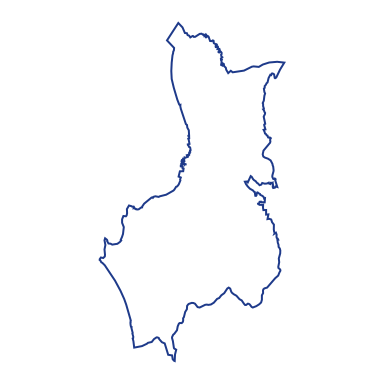 Mueang Chon Buri, Chon Buri, Thailand
{"feature_id": "78962969B92456210505100", "entity_name": "Mueang Chon Buri", "entity_type": "district", "adm_level": 2, "iso_a3": "THA", "parent_name": "Thailand", "parent_adm1": "Chon Buri", "projection": "equal_earth", "projection_center": [101.0, 13.351], "detail": "fine", "context": "isolated", "style": "outline", "palette": "blue", "viewbox_px": 384, "rotation_deg": 0, "n_neighbors": 0, "source": "geoboundaries", "source_scale": "gbopen_adm2", "svg_char_len": 6001}
<svg xmlns="http://www.w3.org/2000/svg" viewBox="0 0 384 384"><path d="M270.8,138.2L270.0,137.6L269.8,137.9L268.1,137.4L267.5,135.6L266.7,135.4L266.0,134.1L265.0,133.5L264.6,131.9L263.6,129.8L265.4,129.4L264.2,125.1L264.2,124.6L265.2,123.8L263.7,116.7L265.0,113.9L265.1,112.9L264.5,112.0L264.0,110.5L263.2,109.4L263.8,109.2L263.9,108.6L263.1,106.1L263.1,103.9L262.7,103.1L263.8,100.7L264.4,95.7L265.1,93.5L264.4,92.0L263.9,88.6L264.7,87.8L264.7,86.1L265.9,84.7L266.5,83.3L267.5,82.5L268.6,78.0L270.3,74.8L271.2,75.1L271.7,73.7L272.1,73.4L273.4,73.8L274.1,74.4L274.7,77.9L275.1,78.2L275.6,78.0L276.3,77.4L280.1,69.5L284.3,62.6L277.2,61.8L269.2,62.5L262.9,64.5L258.8,66.9L253.7,66.4L251.9,66.7L244.0,70.6L232.7,72.3L230.8,70.8L228.2,73.1L226.2,69.7L225.8,67.7L224.2,66.2L223.8,64.0L222.5,63.2L222.1,63.7L222.1,65.4L221.1,64.9L221.6,62.2L221.4,60.9L221.8,59.8L221.0,59.8L220.9,58.5L222.3,57.2L221.4,56.4L221.1,54.7L221.6,54.1L221.6,52.7L220.8,51.7L220.2,51.6L219.1,52.5L218.5,52.1L218.6,51.2L219.8,50.2L219.4,48.9L217.6,49.0L218.0,48.0L217.9,46.6L217.4,46.2L216.3,47.2L215.8,47.1L215.6,46.0L216.8,44.6L216.5,44.2L215.5,44.1L213.9,43.2L213.6,42.6L213.7,41.1L213.5,40.7L212.8,40.4L211.7,41.1L210.1,41.0L208.6,36.8L208.3,36.7L208.2,36.3L207.1,35.7L206.9,36.7L206.5,37.0L206.2,35.5L205.4,36.6L205.1,36.1L205.0,35.0L204.4,35.6L204.3,34.9L203.5,34.5L203.2,34.9L201.6,33.7L199.7,33.9L195.2,36.8L193.9,36.9L193.2,36.1L192.6,36.0L190.3,37.4L189.2,35.7L187.6,35.1L186.9,33.2L184.9,33.0L182.5,27.4L178.3,23.0L167.0,40.4L174.1,47.9L173.9,50.3L173.2,51.8L173.1,53.2L172.5,55.3L171.7,62.6L171.3,71.0L171.7,79.0L173.8,87.8L177.3,99.6L179.2,104.5L179.7,105.0L180.4,104.8L180.3,106.3L180.8,108.7L185.9,124.1L187.0,125.0L187.3,127.6L188.8,130.3L189.1,135.5L188.4,135.7L188.5,136.3L189.1,136.3L189.2,138.4L188.3,138.8L188.7,139.7L189.5,143.9L187.8,144.4L187.9,145.0L188.5,145.4L188.9,146.8L189.9,147.2L190.2,147.7L190.6,150.1L190.0,150.5L190.2,151.9L189.6,152.1L189.7,153.0L189.1,153.1L189.2,154.5L186.8,155.2L187.0,155.8L188.2,155.9L187.8,156.3L187.8,156.9L184.9,157.8L184.6,157.6L184.5,158.4L183.1,158.6L183.1,159.4L181.9,160.0L181.5,161.2L181.9,161.6L182.3,160.5L184.2,160.2L184.4,161.4L184.0,161.7L184.4,161.9L183.0,161.8L182.7,162.5L181.9,162.5L181.5,163.2L182.5,163.5L182.6,163.2L183.0,163.6L183.7,163.4L186.5,164.6L184.3,164.2L184.2,164.5L184.0,164.2L182.2,164.5L182.2,164.9L182.7,165.3L181.1,164.7L182.0,165.3L181.9,165.6L181.0,165.3L180.9,165.9L181.3,166.1L180.8,166.0L180.8,166.4L182.7,166.9L182.6,168.4L183.6,168.6L183.2,171.2L179.9,171.3L178.6,176.6L180.8,177.5L180.1,179.4L180.4,180.4L178.7,184.5L177.2,186.4L176.1,186.8L174.3,189.7L173.4,190.6L166.2,194.7L159.8,196.3L158.7,196.9L155.4,196.3L153.8,196.7L152.9,197.8L152.4,197.3L151.5,197.6L144.1,203.7L142.1,206.7L142.1,207.4L141.0,207.6L138.7,209.3L137.1,209.5L136.1,209.0L135.9,209.2L134.8,208.6L134.5,208.0L133.7,208.2L134.0,207.1L133.7,206.6L132.2,206.7L131.5,206.2L129.0,205.5L126.9,209.1L127.1,213.2L126.6,215.5L125.9,216.3L123.4,216.0L122.1,219.3L122.1,222.8L123.8,227.1L123.0,234.0L122.0,237.0L120.7,239.9L121.2,240.5L120.0,241.9L117.4,243.8L112.2,244.6L110.6,243.7L108.5,243.5L107.2,241.2L107.3,240.4L106.9,239.7L105.1,238.3L104.5,240.3L105.4,245.0L104.5,249.4L105.0,254.8L104.8,256.5L103.2,258.0L100.9,257.5L99.7,259.2L99.7,260.0L100.2,260.2L101.3,262.3L102.3,262.8L104.8,265.3L115.0,280.6L120.5,290.8L124.2,299.0L126.2,304.6L130.8,320.6L130.5,321.1L130.7,322.1L130.4,322.7L130.6,325.0L131.0,326.8L131.6,327.0L131.5,328.2L132.7,333.0L132.4,333.5L133.3,336.9L133.1,338.3L132.7,338.5L133.4,341.1L134.2,347.6L142.0,346.1L146.8,343.8L148.0,342.8L151.7,342.0L154.0,339.1L156.5,337.4L157.3,337.4L158.7,337.9L159.2,339.1L161.9,342.2L164.7,343.4L168.2,354.8L172.1,355.4L172.7,359.2L174.0,360.7L174.7,361.0L175.0,354.6L176.2,349.7L174.1,348.4L173.9,347.9L172.9,341.1L172.0,337.9L172.1,337.0L173.2,334.7L174.3,333.8L177.0,330.2L177.7,326.4L178.9,323.6L179.8,323.0L181.7,323.1L182.9,321.8L183.2,320.2L183.1,318.3L183.9,317.1L185.2,311.9L186.9,309.2L187.1,305.9L188.1,304.5L188.8,303.9L191.7,302.9L193.4,303.0L195.0,303.7L197.6,307.1L199.7,307.5L205.2,304.8L206.9,304.6L208.3,304.9L210.9,304.5L213.8,302.7L217.1,298.9L219.2,298.0L221.3,295.3L224.2,293.2L227.3,288.5L228.7,287.6L230.2,288.6L231.2,291.6L231.9,292.7L233.7,294.2L236.4,295.7L239.5,299.2L241.7,300.4L244.0,303.8L245.1,305.0L246.3,304.9L247.7,303.7L248.7,303.8L249.7,304.4L251.6,306.9L252.8,307.5L256.2,306.2L259.2,304.3L261.1,302.5L261.9,299.8L261.9,295.3L263.1,293.1L263.0,290.6L263.3,289.4L264.4,288.4L267.1,287.6L275.2,278.2L278.2,275.6L279.4,272.5L280.4,270.7L280.2,269.5L278.4,267.9L278.3,266.7L279.2,262.2L278.8,258.5L280.2,253.4L280.3,250.4L279.8,248.5L278.6,246.9L278.5,244.7L277.8,242.8L277.4,239.8L278.2,239.7L277.7,238.6L276.8,238.0L276.5,236.9L276.6,234.6L275.9,232.7L274.5,233.6L274.7,233.1L274.1,231.6L273.8,229.5L273.9,224.6L272.1,222.3L271.2,219.5L269.2,218.8L267.5,219.1L268.4,214.4L266.1,214.6L266.1,210.0L263.4,210.1L263.0,207.7L263.1,205.1L262.5,205.5L262.0,204.7L259.8,204.9L258.2,204.1L258.1,203.7L258.9,203.6L259.6,201.8L260.7,201.7L260.7,202.1L264.7,202.3L265.0,198.2L264.1,198.5L263.9,197.4L262.6,196.0L260.2,194.8L260.0,194.0L258.8,193.4L257.6,192.4L257.2,192.5L256.8,193.3L256.5,195.3L256.0,195.9L255.3,195.8L254.8,192.1L254.2,191.9L252.9,190.4L249.9,188.7L247.3,186.0L247.1,185.4L246.2,184.5L244.9,181.7L247.0,181.5L247.8,182.4L250.7,176.1L251.7,176.8L253.1,179.2L254.1,180.2L255.7,181.2L256.9,182.8L257.8,183.3L259.6,185.2L261.3,184.6L262.2,183.0L264.8,183.7L267.0,183.5L268.7,182.7L268.9,183.5L270.5,184.1L270.8,182.8L271.6,182.8L272.3,183.3L272.7,182.9L273.2,186.1L272.8,186.2L272.7,186.9L273.2,188.0L274.9,187.7L275.6,186.5L277.3,187.0L275.3,180.6L275.6,179.2L274.8,178.5L274.0,179.1L273.2,178.9L272.3,176.8L272.4,175.3L273.5,171.3L273.6,170.3L273.2,166.6L272.7,165.4L272.4,163.8L270.6,160.4L268.0,158.7L264.7,157.5L263.3,156.5L262.7,154.3L263.5,150.6L270.1,142.7L270.4,141.2L270.1,140.3L270.3,139.0L270.8,138.2Z" fill="none" stroke="#1e3a8a" stroke-width="2"/></svg>